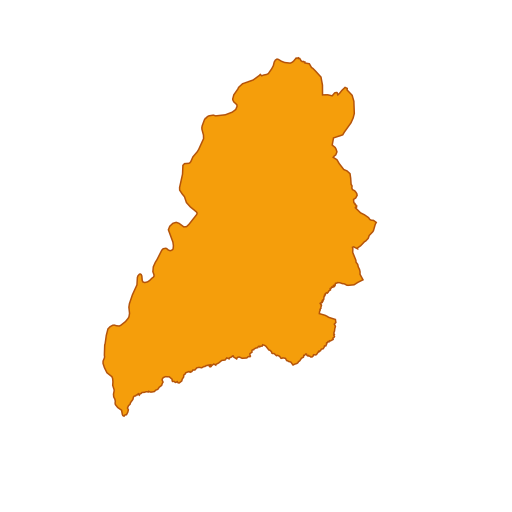 Binduri, Upper East, Ghana (Natural Earth projection), rotated 23°
{"feature_id": "2480657B66646573774103", "entity_name": "Binduri", "entity_type": "district", "adm_level": 2, "iso_a3": "GHA", "parent_name": "Ghana", "parent_adm1": "Upper East", "projection": "natural_earth1", "projection_center": [-0.323, 10.946], "detail": "fine", "context": "isolated", "style": "filled", "palette": "amber", "viewbox_px": 512, "rotation_deg": 23, "n_neighbors": 0, "source": "geoboundaries", "source_scale": "gbopen_adm2", "svg_char_len": 6117}
<svg xmlns="http://www.w3.org/2000/svg" viewBox="0 0 512 512"><g transform="rotate(23 256 256)"><path d="M359.6,302.7L358.9,301.6L359.6,300.4L359.7,299.4L358.4,298.3L358.8,297.6L358.1,297.1L357.6,295.7L357.6,294.4L356.9,292.1L356.6,289.7L354.7,288.1L355.5,286.0L353.9,283.4L346.4,284.1L345.9,283.8L342.7,283.6L336.8,284.3L336.2,282.2L336.2,280.6L335.7,280.1L336.2,278.7L335.7,277.8L335.6,275.9L335.4,275.6L334.7,275.5L334.7,275.0L333.6,274.7L333.6,274.2L334.4,273.6L334.5,273.1L335.1,272.9L335.0,272.5L334.5,272.7L334.5,271.9L335.0,272.2L335.2,271.9L335.2,270.8L334.7,270.3L335.3,269.6L334.5,266.8L334.8,266.1L334.4,265.5L334.7,265.3L334.6,264.8L334.9,264.6L334.5,263.8L335.0,263.4L335.1,262.3L336.2,262.2L336.1,261.8L336.6,261.1L336.6,259.9L337.8,258.1L337.6,257.7L337.0,257.4L337.1,256.7L337.7,256.4L337.9,255.0L338.3,255.1L339.0,254.8L338.9,254.0L340.0,253.6L340.0,253.3L339.5,253.1L339.6,252.7L339.1,252.6L339.4,252.3L340.3,252.2L339.8,250.1L341.1,249.3L341.3,248.7L343.8,247.8L346.3,247.7L348.2,247.1L350.9,247.4L352.3,247.0L357.5,244.2L360.2,240.3L363.8,236.1L358.9,232.2L358.0,230.0L356.6,228.0L354.4,226.1L352.9,224.0L350.5,222.6L349.6,220.9L343.6,214.9L342.3,211.5L341.4,210.3L342.3,209.4L346.7,209.7L346.3,208.9L348.3,205.7L350.3,200.4L351.1,199.4L352.4,195.9L352.2,192.8L354.0,188.1L354.2,186.8L353.4,180.2L353.6,178.1L350.2,177.3L348.2,178.0L346.5,177.9L344.6,176.7L339.7,175.7L335.3,175.4L328.7,172.8L329.5,171.7L329.1,170.7L328.6,171.1L327.9,169.9L326.9,169.8L326.6,169.0L325.2,168.7L323.7,165.8L325.1,163.7L325.4,160.7L324.4,159.2L323.1,158.3L321.4,157.4L318.9,157.2L317.7,156.1L317.2,154.4L316.7,153.6L315.6,153.0L312.7,147.3L310.4,143.5L306.5,142.1L303.0,142.1L296.3,138.3L293.0,135.8L288.5,135.0L289.0,133.3L289.9,131.7L289.8,128.5L287.9,126.3L286.5,125.2L282.8,124.1L281.2,117.0L288.5,110.6L288.9,107.5L291.4,96.3L291.5,90.9L290.8,86.4L285.6,75.3L281.7,70.5L275.0,67.6L274.5,66.1L272.1,66.0L270.3,70.1L269.5,73.1L268.4,75.7L266.8,73.9L266.0,74.1L264.7,75.1L263.5,78.8L259.0,79.6L254.3,81.7L250.4,72.7L245.9,65.9L238.3,62.4L235.1,61.1L233.4,60.8L230.0,58.2L225.6,59.2L225.2,58.3L224.3,58.6L223.8,58.3L222.6,59.0L220.7,58.5L220.3,57.9L218.9,57.0L218.0,57.6L217.5,57.0L216.1,58.2L215.6,58.1L214.5,61.8L213.7,63.4L212.2,65.1L206.7,66.7L203.2,66.8L199.9,66.3L198.4,66.5L197.3,68.1L197.0,70.3L197.6,74.1L197.3,77.5L196.1,83.3L194.9,84.7L192.4,86.4L190.8,87.9L189.0,87.2L188.6,88.4L184.6,95.1L176.3,102.7L174.1,107.6L174.1,109.2L172.6,116.3L173.2,120.5L173.6,121.3L175.3,122.8L179.2,124.2L180.1,125.6L180.1,129.1L177.9,132.9L172.6,138.0L164.1,142.8L161.7,143.0L158.0,145.3L156.7,146.8L156.3,148.4L155.6,148.9L155.3,151.0L155.6,157.2L156.0,159.0L156.8,160.6L160.4,165.2L161.9,168.5L161.6,180.3L161.2,183.0L159.2,189.4L159.1,194.6L158.6,196.3L158.0,196.9L154.1,198.9L153.3,201.1L156.4,209.4L158.9,222.8L160.0,225.2L163.6,227.6L167.0,229.4L171.1,234.0L176.4,236.5L183.9,238.7L184.9,239.4L185.2,240.1L185.1,241.4L181.9,253.1L180.6,256.1L178.2,257.4L172.4,256.0L169.4,256.2L166.7,258.4L165.0,262.3L165.1,266.1L174.1,275.7L176.0,278.9L176.9,281.8L176.7,282.8L175.6,284.2L174.8,284.7L173.0,284.8L171.0,284.1L170.0,284.1L167.7,285.6L167.0,287.5L166.3,298.0L165.8,301.1L165.7,306.1L167.2,310.7L169.4,313.1L170.0,314.4L169.8,315.6L168.8,317.2L167.8,319.8L166.4,322.1L164.0,323.9L162.2,324.1L160.9,323.1L158.7,319.0L157.5,317.9L156.4,317.8L155.8,318.3L155.1,320.3L155.2,322.1L157.7,329.1L157.4,340.0L158.1,349.3L159.0,352.8L162.0,358.2L162.8,361.4L162.7,363.2L161.5,367.3L158.7,372.5L157.5,373.9L154.9,374.7L152.5,375.0L151.2,375.7L149.3,378.1L148.2,381.0L149.2,387.5L151.4,395.7L151.5,397.0L155.2,406.6L155.9,407.7L156.3,409.1L156.3,412.5L157.2,414.7L160.1,418.0L164.4,421.7L170.5,423.4L171.9,424.8L173.5,427.8L174.6,431.0L177.6,434.5L178.1,435.5L178.8,438.9L180.1,441.3L182.0,442.9L183.2,444.6L183.8,446.5L184.6,447.7L187.9,449.5L192.5,450.5L194.9,454.1L195.8,454.9L197.1,455.0L197.6,453.4L198.8,452.7L199.0,449.8L198.6,447.4L197.1,446.2L197.1,443.7L198.0,441.6L197.8,440.1L198.7,436.1L198.3,433.7L198.7,432.5L199.9,431.8L200.2,430.6L201.5,430.0L201.3,429.0L201.5,428.7L203.0,429.5L203.1,428.2L204.0,427.4L204.4,426.2L206.7,425.0L207.7,424.0L209.0,423.4L209.9,423.4L210.1,422.5L211.7,422.6L213.3,421.9L215.5,420.4L216.0,418.8L217.7,417.1L218.2,414.6L219.7,412.0L219.5,409.8L219.7,408.4L218.0,406.8L217.8,405.7L218.2,404.1L219.7,402.5L223.4,401.1L227.0,402.3L227.6,403.7L228.3,404.1L229.5,403.4L231.2,403.9L231.9,403.4L232.5,402.4L233.8,403.2L234.9,402.9L236.5,400.0L236.2,398.4L236.7,395.5L236.2,394.6L236.2,393.4L237.0,392.1L236.9,391.0L239.3,388.6L239.9,388.9L240.5,388.1L241.2,388.5L242.1,387.4L242.4,385.7L244.3,384.8L245.2,382.1L247.0,380.8L249.7,380.1L251.3,378.0L252.1,377.8L252.9,376.3L253.6,376.2L253.9,375.7L256.4,374.0L256.5,374.6L255.9,375.2L256.0,375.7L256.8,376.0L257.6,375.7L257.9,375.0L257.2,374.3L257.5,373.8L258.2,373.9L259.4,371.9L261.6,372.2L261.5,371.4L263.4,369.1L265.3,365.5L268.2,363.8L268.9,361.2L271.4,361.2L271.3,360.1L272.5,359.1L273.5,357.1L274.1,356.9L274.4,357.6L278.4,358.3L278.4,357.1L278.8,356.3L280.1,355.5L283.2,355.6L287.1,353.6L287.5,353.2L288.1,351.8L288.8,351.3L289.8,351.1L290.0,350.3L289.0,349.4L288.5,348.2L289.9,346.2L289.2,344.7L289.3,343.9L290.5,343.2L290.5,342.5L291.7,340.9L293.4,339.7L293.5,338.4L294.1,337.8L295.0,338.2L295.5,337.3L297.0,336.4L296.8,335.1L298.9,334.9L300.4,335.2L304.6,337.5L305.6,337.3L307.7,338.1L308.3,339.1L309.4,339.3L310.8,338.7L313.8,339.8L314.7,339.0L316.9,339.1L319.0,340.4L319.8,340.1L320.5,339.3L323.1,338.7L325.1,340.3L326.0,340.0L327.0,340.4L329.4,340.0L332.7,341.9L333.8,340.5L335.6,339.0L336.3,337.8L336.4,336.6L337.2,335.5L337.8,332.4L339.2,330.6L338.8,328.8L339.5,328.5L340.2,326.6L340.9,326.6L341.5,327.4L342.4,327.8L343.2,327.1L343.5,327.5L344.9,327.2L345.8,327.6L347.0,327.1L347.8,325.4L347.5,324.7L347.7,324.3L349.7,323.7L350.2,323.0L350.9,319.6L351.2,319.9L351.5,319.6L351.6,318.6L352.4,318.1L352.5,316.3L354.1,315.1L354.4,312.8L354.2,312.0L355.4,311.5L355.4,309.3L354.9,308.7L354.9,308.3L355.5,308.0L355.7,306.7L356.7,306.6L356.7,305.3L357.6,305.2L359.6,302.7Z" fill="#f59e0b" stroke="#b45309" stroke-width="1.5"/></g></svg>